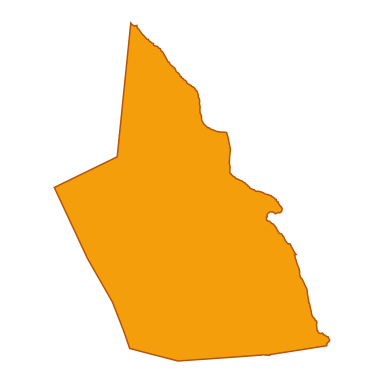 Faasalelelaga IV, Fa'asaleleaga, Samoa
{"feature_id": "51752279B84305185807219", "entity_name": "Faasalelelaga IV", "entity_type": "district", "adm_level": 2, "iso_a3": "WSM", "parent_name": "Samoa", "parent_adm1": "Fa'asaleleaga", "projection": "mercator", "projection_center": [-172.223, -13.576], "detail": "fine", "context": "isolated", "style": "filled", "palette": "amber", "viewbox_px": 384, "rotation_deg": 0, "n_neighbors": 0, "source": "geoboundaries", "source_scale": "gbopen_adm2", "svg_char_len": 2658}
<svg xmlns="http://www.w3.org/2000/svg" viewBox="0 0 384 384"><path d="M177.9,361.0L261.5,355.1L263.0,354.7L266.2,355.2L267.9,355.1L269.7,355.3L269.7,354.6L285.4,352.2L326.3,345.8L326.8,345.7L327.0,343.3L329.3,341.2L329.7,340.0L328.8,338.7L328.2,336.9L327.0,336.7L325.0,335.3L323.4,334.6L323.2,333.8L322.4,333.0L320.6,333.6L319.1,333.0L318.2,332.4L317.8,331.5L317.9,330.9L317.2,330.6L316.9,329.2L316.5,324.4L316.9,322.2L316.3,320.8L315.6,320.6L314.3,318.3L313.0,317.2L311.9,315.2L310.9,310.1L309.3,303.2L308.6,302.5L308.8,301.6L308.2,298.1L307.5,294.6L307.3,292.3L307.0,289.6L306.1,287.4L304.7,284.9L304.1,283.1L302.1,279.0L300.7,277.7L300.2,276.5L299.6,274.3L299.6,271.3L298.9,268.2L297.9,266.0L297.0,263.6L295.5,258.4L295.1,257.4L294.8,255.4L294.5,255.0L296.2,254.5L294.9,253.0L294.2,251.8L290.8,245.6L290.6,244.5L290.0,243.8L288.7,244.0L288.0,243.8L286.6,242.3L285.5,240.8L284.2,238.2L283.5,236.3L282.6,235.8L281.7,234.1L279.2,233.2L276.7,229.0L275.9,227.3L273.2,224.0L271.8,223.5L269.9,221.6L269.0,221.1L268.1,221.1L266.6,220.3L266.6,219.1L266.3,217.2L267.3,216.7L266.9,215.3L268.3,213.0L270.1,211.9L272.4,211.9L274.2,212.8L275.4,213.8L278.4,212.4L279.7,212.9L281.1,212.0L281.8,210.8L282.2,208.9L281.4,206.9L280.9,206.9L278.5,203.5L278.3,202.1L277.8,202.1L276.4,200.8L276.2,199.4L275.5,199.2L273.4,197.4L272.0,196.6L271.3,195.9L269.7,195.4L268.4,194.6L265.7,194.3L263.9,193.1L262.3,192.4L259.0,191.3L255.8,191.2L254.8,190.6L254.3,189.8L252.5,189.4L250.4,188.3L249.6,187.6L249.0,186.5L248.0,186.1L247.6,185.3L245.9,184.0L245.0,182.8L243.7,182.4L242.4,181.2L239.5,180.1L238.3,179.2L236.9,179.0L235.8,178.3L234.6,176.9L233.8,176.8L231.9,175.1L230.8,173.6L229.7,172.9L230.1,166.7L229.3,163.2L229.7,155.5L230.5,149.4L229.3,144.0L228.2,138.2L226.6,132.5L224.0,132.1L220.9,132.1L216.3,131.3L212.8,129.8L210.6,129.1L209.3,127.8L208.0,127.8L205.3,125.5L203.4,123.3L201.7,120.1L201.4,115.6L200.1,112.9L199.9,109.9L200.1,106.7L199.4,103.7L199.7,101.3L199.4,98.9L198.4,97.5L198.4,95.5L197.0,91.1L195.3,89.4L193.9,87.3L191.6,86.3L191.2,85.6L187.1,83.3L186.6,81.7L185.1,80.2L184.2,80.0L183.1,78.5L182.4,78.3L181.4,77.3L181.3,76.7L180.4,76.6L179.5,74.4L178.5,73.2L176.6,72.0L175.9,70.9L175.3,69.0L174.7,68.1L173.9,67.6L172.5,66.2L171.7,65.8L170.2,64.4L169.1,62.1L168.0,61.7L165.8,57.5L162.5,51.8L161.0,50.9L160.4,48.9L158.7,48.0L157.3,46.4L154.3,45.8L153.5,44.7L153.5,43.5L152.3,43.3L151.2,42.3L149.5,41.3L148.2,39.3L147.0,39.4L144.5,36.4L141.9,33.9L139.6,30.4L137.2,27.5L136.9,25.4L135.1,25.9L134.3,25.9L132.5,25.0L130.8,23.0L117.2,156.8L54.3,187.5L87.5,258.5L112.4,302.0L123.8,331.2L129.7,348.5L177.9,361.0Z" fill="#f59e0b" stroke="#b45309" stroke-width="1.5"/></svg>